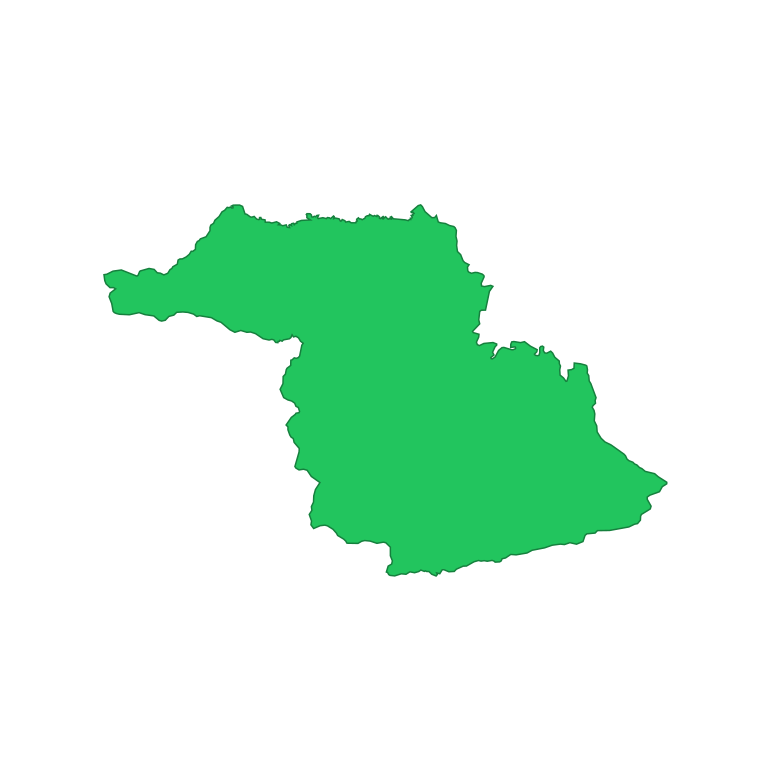 outline of Marinilla, Antioquia, Colombia, rotated 106°
{"feature_id": "7082276B39269491534376", "entity_name": "Marinilla", "entity_type": "district", "adm_level": 2, "iso_a3": "COL", "parent_name": "Colombia", "parent_adm1": "Antioquia", "projection": "natural_earth1", "projection_center": [-75.307, 6.179], "detail": "fine", "context": "isolated", "style": "filled", "palette": "green", "viewbox_px": 768, "rotation_deg": 106, "n_neighbors": 0, "source": "geoboundaries", "source_scale": "gbopen_adm2", "svg_char_len": 6160}
<svg xmlns="http://www.w3.org/2000/svg" viewBox="0 0 768 768"><g transform="rotate(106 384 384)"><path d="M313.6,221.9L311.2,227.2L307.8,230.4L306.5,232.8L309.5,236.0L309.8,238.2L307.9,240.1L304.5,240.6L303.9,242.1L304.8,243.7L306.3,244.3L310.9,242.9L313.6,242.9L314.5,244.2L314.7,246.4L313.8,247.6L310.9,246.0L308.8,246.2L307.3,253.6L304.6,260.6L306.6,264.2L307.4,270.9L308.3,272.8L310.8,273.1L313.9,272.3L312.2,268.3L313.2,267.3L314.0,267.5L315.6,269.5L315.9,270.9L315.8,278.8L316.5,280.6L320.2,283.1L327.3,284.6L330.0,286.7L330.1,287.9L329.1,288.6L325.8,286.3L323.5,288.4L317.6,287.5L315.6,286.4L314.5,286.7L314.1,290.6L317.5,299.2L320.8,302.9L320.4,305.2L318.3,306.7L312.8,305.9L310.0,306.4L310.0,312.3L309.0,313.4L299.8,308.6L296.2,310.6L287.8,312.0L286.2,310.7L285.0,306.8L265.9,308.2L260.1,306.2L259.8,308.6L262.7,314.3L262.9,317.2L260.4,318.3L253.4,317.3L252.2,317.9L251.3,319.8L251.1,324.8L251.6,327.2L253.5,330.5L253.0,333.6L252.0,334.7L248.5,336.0L245.9,335.1L245.0,339.9L243.7,342.0L238.5,346.0L236.4,349.9L230.8,352.4L226.5,353.2L222.3,355.5L216.5,356.7L214.2,358.7L213.4,360.3L213.6,364.7L212.8,369.2L213.5,374.2L213.3,376.5L207.6,380.1L210.1,381.2L210.9,383.9L207.0,392.1L202.9,396.0L201.7,398.1L203.1,400.3L211.1,405.5L211.6,405.0L210.9,403.4L211.8,402.1L212.9,403.3L213.7,402.7L214.5,404.3L215.8,402.8L216.7,402.9L217.4,404.3L218.5,403.6L219.0,405.0L220.3,405.7L220.4,409.0L222.6,420.5L221.0,423.0L221.8,423.8L222.7,421.8L223.5,422.3L223.4,424.6L224.3,424.9L224.3,425.9L222.8,428.5L225.6,430.3L225.5,431.0L223.5,430.4L223.2,431.0L226.1,433.2L225.9,434.1L224.7,434.3L223.7,436.5L223.8,437.2L225.0,437.1L224.7,439.7L225.8,440.6L224.9,444.7L226.3,444.8L226.9,446.5L228.3,447.9L229.9,448.1L232.1,450.3L231.7,451.7L232.1,453.1L231.3,454.4L233.2,455.7L234.7,454.7L235.2,455.5L236.8,455.5L238.1,460.0L237.3,462.3L238.9,465.5L237.8,466.6L237.4,469.5L239.0,470.0L239.4,470.8L237.6,472.7L237.9,476.7L238.9,477.9L236.8,478.0L236.4,478.8L239.7,480.9L239.3,482.4L239.6,484.3L240.9,485.0L241.0,488.6L243.1,492.8L242.6,493.7L239.8,493.4L240.5,495.0L242.1,495.9L242.0,497.3L243.1,498.2L243.2,499.6L241.5,500.4L240.7,502.0L241.5,505.0L242.5,505.4L243.3,504.5L245.4,504.0L246.6,500.0L249.5,508.4L252.2,512.4L253.6,512.1L254.0,513.4L255.6,514.2L254.4,515.2L255.3,516.9L256.2,517.4L257.2,516.7L256.9,518.6L257.7,519.2L259.7,517.9L260.0,520.3L258.0,521.8L259.8,525.0L259.5,527.1L260.0,529.4L258.4,528.5L257.7,532.0L260.2,536.2L260.1,538.9L261.2,542.7L259.0,543.6L259.4,547.2L257.9,548.3L258.3,549.5L260.1,549.1L260.5,549.7L260.6,551.8L258.7,555.0L260.1,557.1L260.2,558.6L258.7,562.7L258.8,564.5L252.3,568.9L251.8,572.0L253.6,578.2L254.8,579.5L255.2,578.0L256.3,577.7L256.8,578.8L256.2,580.2L257.3,581.9L257.4,583.4L261.0,585.1L263.2,587.2L268.5,588.7L273.2,591.7L276.5,592.1L279.1,594.3L281.5,594.4L284.6,593.5L291.5,595.6L295.1,600.5L297.2,601.3L298.4,602.7L302.0,603.5L306.6,602.4L309.2,604.4L309.5,605.9L313.0,606.9L316.3,609.1L319.3,612.3L320.1,614.7L321.6,616.1L325.8,615.7L329.5,619.3L331.5,619.8L333.0,621.2L337.2,622.4L339.8,625.7L339.1,629.5L339.6,632.6L337.2,636.5L337.7,641.7L342.4,649.3L343.2,649.9L347.4,650.4L348.4,651.3L346.8,667.9L350.2,675.6L354.9,680.7L356.1,683.3L361.6,680.9L364.4,678.7L366.9,673.9L365.9,670.5L366.5,668.2L372.1,672.3L375.9,672.3L381.7,667.9L388.8,664.4L389.7,662.9L390.0,660.7L389.9,657.6L387.6,647.8L382.9,639.1L383.2,632.8L382.0,624.1L384.8,617.7L384.8,615.1L383.0,611.8L378.3,609.4L375.7,605.0L372.2,603.0L370.2,597.2L369.2,592.1L369.3,586.3L370.7,582.6L369.2,580.0L367.8,568.2L369.4,561.9L369.6,557.7L374.3,547.1L375.4,541.6L372.0,536.4L372.1,530.1L370.8,526.6L371.0,521.4L373.8,512.7L373.4,506.6L372.0,504.1L372.0,502.1L373.9,499.6L373.5,497.4L372.3,497.5L371.9,496.4L370.8,496.2L370.9,493.7L369.3,492.8L366.6,487.4L365.0,486.3L362.1,485.9L363.7,484.0L362.4,481.8L363.2,478.9L365.9,476.0L367.1,472.9L369.3,473.7L380.4,472.8L382.3,473.7L383.5,475.4L383.6,477.5L386.1,479.0L386.8,480.1L391.9,478.8L395.5,481.5L397.1,481.9L401.7,481.5L404.6,483.0L411.5,481.2L417.7,482.4L424.7,476.7L425.8,472.0L425.8,468.1L427.0,464.6L429.7,462.5L430.2,459.9L433.6,457.6L435.0,457.8L436.3,460.5L437.8,461.0L441.7,463.9L450.4,466.8L451.7,464.5L454.5,463.7L459.0,460.5L460.7,458.6L461.4,456.2L464.9,454.3L469.3,447.7L472.7,446.9L487.9,446.9L489.1,445.5L490.0,442.0L488.1,437.9L488.1,434.1L492.9,428.4L496.4,418.4L504.3,420.8L510.8,420.7L517.0,419.2L521.9,420.0L525.3,418.5L530.0,419.9L535.7,415.9L539.5,415.4L542.3,411.8L537.8,406.3L536.0,402.0L535.9,399.3L537.7,393.0L540.5,388.6L542.4,386.8L544.2,380.0L545.7,377.2L547.1,376.0L547.1,375.2L544.4,365.1L541.3,362.1L539.8,359.4L538.8,354.0L539.1,346.9L536.2,341.0L536.1,338.5L539.1,332.9L547.4,330.5L551.7,327.2L555.0,327.0L557.9,329.8L564.1,329.9L564.2,328.6L565.9,326.9L566.3,325.4L565.5,320.8L561.7,315.1L560.8,310.4L557.4,307.3L557.0,302.6L554.7,298.9L552.7,297.3L553.0,293.5L552.2,292.8L552.5,291.5L551.9,289.0L553.7,285.7L554.2,281.0L552.4,280.2L551.1,281.3L551.0,278.1L546.5,276.8L546.0,275.2L546.6,269.9L544.8,264.8L542.1,263.4L540.8,261.9L537.2,257.6L536.3,254.6L530.1,248.5L527.6,244.5L527.5,241.9L526.2,239.0L525.9,235.9L523.8,231.5L523.8,229.8L524.6,228.1L523.1,223.8L521.8,222.6L519.4,222.3L517.7,219.2L512.9,215.2L511.8,209.9L507.0,199.9L503.0,195.8L497.2,184.4L492.6,177.9L489.3,170.3L488.6,166.3L485.3,161.6L484.9,154.8L480.6,149.3L474.1,149.0L472.1,147.7L469.1,140.0L466.1,138.4L462.6,126.8L453.9,109.2L449.7,104.5L448.3,101.8L444.2,100.0L440.3,100.9L438.4,100.6L430.7,93.6L427.8,93.6L422.3,99.2L420.1,99.8L417.6,97.8L411.6,89.5L406.0,88.2L402.0,84.7L400.5,85.1L397.6,94.8L395.6,99.1L396.0,108.8L394.2,112.9L393.9,115.4L392.1,118.6L391.8,121.1L390.6,123.2L390.2,127.4L389.2,129.7L386.5,132.0L385.3,133.9L380.0,148.9L378.8,155.6L376.3,160.4L371.3,165.9L365.6,168.0L361.5,171.7L354.7,173.1L351.5,174.8L349.0,177.4L347.3,177.2L344.2,175.4L341.7,176.5L338.7,176.4L326.6,185.3L324.5,187.6L319.5,189.5L317.5,191.7L314.3,192.3L310.8,194.0L310.3,195.2L310.4,200.6L311.4,206.9L316.5,205.7L318.5,207.7L319.9,210.9L325.4,208.9L330.8,209.0L331.3,209.8L328.7,213.1L326.9,217.2L321.9,219.0L318.1,219.3L316.2,221.0L313.6,221.9Z" fill="#22c55e" stroke="#15803d" stroke-width="1.5"/></g></svg>